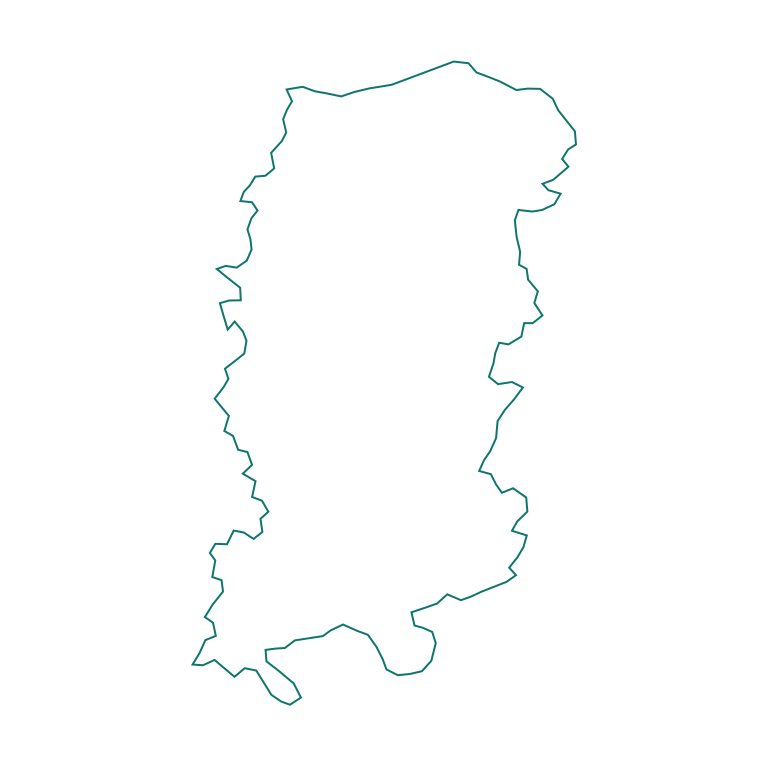 the district of Selbach, Rio Grande do Sul, Brazil, rotated 4°
{"feature_id": "56859067B5172394452496", "entity_name": "Selbach", "entity_type": "district", "adm_level": 2, "iso_a3": "BRA", "parent_name": "Brazil", "parent_adm1": "Rio Grande do Sul", "projection": "mercator", "projection_center": [-52.981, -28.675], "detail": "fine", "context": "isolated", "style": "outline", "palette": "teal", "viewbox_px": 768, "rotation_deg": 4, "n_neighbors": 0, "source": "geoboundaries", "source_scale": "gbopen_adm2", "svg_char_len": 2354}
<svg xmlns="http://www.w3.org/2000/svg" viewBox="0 0 768 768"><g transform="rotate(4 384 384)"><path d="M452.3,599.3L461.8,589.4L475.8,594.3L485.6,590.0L495.9,584.3L507.7,578.7L520.1,572.8L529.0,565.5L521.7,558.5L529.2,547.6L534.5,537.0L537.0,525.1L521.9,521.5L526.5,511.8L535.9,501.3L533.8,487.3L520.0,479.0L509.2,484.3L502.8,476.4L496.9,466.5L485.0,464.1L489.1,453.0L494.6,443.7L499.6,430.1L499.9,413.1L506.5,401.2L514.5,390.7L522.8,377.8L511.5,373.1L497.8,376.2L488.2,369.5L491.8,355.6L492.8,345.7L496.0,334.8L505.4,335.8L517.7,327.1L519.6,313.5L528.1,312.9L537.3,304.6L528.3,292.7L531.0,280.8L520.5,269.9L518.2,259.2L510.4,255.6L510.6,242.6L506.0,227.9L503.1,211.5L506.0,201.0L520.0,201.6L529.5,199.4L541.4,192.8L546.9,181.8L534.5,179.2L528.1,173.2L538.6,168.5L552.8,154.4L546.0,147.1L551.3,137.2L558.8,131.6L556.8,118.6L545.9,106.7L538.8,98.9L532.4,87.6L519.1,78.7L506.9,79.3L495.5,81.5L478.7,74.2L465.5,70.0L454.6,66.8L445.9,58.1L431.0,57.5L370.9,84.9L362.2,87.0L348.5,90.2L334.0,94.8L321.2,100.1L306.7,98.1L294.5,96.8L282.1,93.2L266.3,97.0L272.5,108.4L268.1,117.2L264.9,126.9L268.9,139.8L265.2,148.7L255.3,161.3L259.4,176.6L251.2,184.5L241.1,186.1L236.5,195.0L230.7,202.2L228.0,211.5L239.7,211.9L245.7,219.8L240.2,227.9L237.0,239.4L240.6,248.7L242.5,259.0L238.5,270.5L228.9,278.2L217.9,277.2L209.2,281.0L220.7,289.1L233.8,298.0L235.3,310.5L223.7,311.5L214.7,314.8L219.0,326.7L224.3,340.6L230.7,332.1L239.7,341.6L243.8,350.5L242.5,363.4L233.0,372.1L224.3,379.8L228.4,389.7L224.3,398.2L216.1,410.5L231.5,426.7L228.0,442.0L237.0,446.3L243.1,459.8L252.5,461.4L258.0,473.8L249.4,483.3L262.6,489.9L260.3,505.9L270.4,508.9L277.5,519.5L270.2,527.1L273.0,540.1L264.7,547.6L254.4,541.9L244.3,540.7L238.5,554.8L226.9,555.2L222.1,564.7L228.0,571.8L226.2,588.6L235.6,591.0L237.9,602.3L228.5,615.9L221.6,629.0L230.1,634.1L233.8,647.0L223.7,651.9L218.8,665.2L212.6,677.2L223.0,677.2L234.2,671.1L244.7,678.8L255.3,686.5L264.9,677.2L276.6,678.8L293.4,702.0L303.5,707.9L312.6,710.5L323.0,702.6L314.9,689.1L299.4,677.8L286.1,668.9L284.4,657.5L294.3,655.5L303.5,654.3L312.9,646.0L340.7,639.7L348.0,633.5L359.9,626.8L374.4,632.1L385.4,635.3L395.0,647.0L402.1,659.0L406.3,668.5L418.0,673.5L429.9,671.5L441.8,667.9L450.5,656.9L453.7,638.9L449.4,628.0L439.5,624.4L431.3,622.8L427.3,609.8L440.9,604.2L452.3,599.3Z" fill="none" stroke="#0f766e" stroke-width="2"/></g></svg>